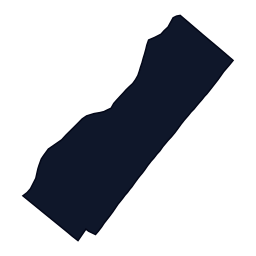 the district of Balneário Gaivota, Santa Catarina, Brazil
{"feature_id": "56859067B14282985236519", "entity_name": "Balneário Gaivota", "entity_type": "district", "adm_level": 2, "iso_a3": "BRA", "parent_name": "Brazil", "parent_adm1": "Santa Catarina", "projection": "mercator", "projection_center": [-49.608, -29.151], "detail": "fine", "context": "isolated", "style": "filled", "palette": "ink", "viewbox_px": 256, "rotation_deg": 0, "n_neighbors": 0, "source": "geoboundaries", "source_scale": "gbopen_adm2", "svg_char_len": 1306}
<svg xmlns="http://www.w3.org/2000/svg" viewBox="0 0 256 256"><path d="M180.2,15.4L176.5,16.1L173.1,17.8L169.7,24.0L168.0,27.1L164.2,30.6L161.0,34.2L154.5,37.5L148.6,40.0L146.8,45.2L145.9,49.1L144.5,54.2L143.4,57.7L142.0,62.9L140.5,67.3L139.4,71.1L137.9,75.5L135.5,79.7L132.7,83.6L129.3,86.7L126.1,89.8L123.2,93.1L120.0,96.5L116.6,100.2L113.8,103.4L111.1,108.2L107.4,109.9L104.0,111.6L99.9,112.6L94.0,113.6L86.6,115.9L82.3,118.8L76.8,124.4L66.1,135.0L61.7,139.8L56.1,143.7L48.4,149.0L43.7,155.4L41.3,159.0L39.0,165.4L37.9,168.9L35.8,178.3L30.5,188.7L27.1,192.6L22.9,195.8L44.6,213.5L68.1,232.6L72.2,236.1L78.0,240.6L85.9,229.1L88.6,231.2L95.5,234.5L98.5,231.0L101.7,226.8L104.0,223.3L106.4,220.2L109.0,216.9L112.8,211.8L115.3,208.1L118.0,204.1L120.7,200.8L122.7,198.3L124.9,195.3L127.4,192.5L129.6,189.5L131.8,186.9L134.6,182.9L137.8,178.5L140.1,175.6L142.4,172.9L144.5,170.1L147.6,165.6L151.1,161.1L153.8,158.1L156.8,154.2L159.9,150.8L162.9,146.5L165.7,143.2L168.0,140.4L171.4,136.8L175.1,132.3L177.7,128.8L181.0,124.2L184.3,120.0L188.2,115.5L191.1,111.9L194.0,109.0L196.3,106.1L199.0,102.9L201.9,99.6L204.5,96.3L206.9,93.8L209.6,90.4L213.1,85.9L217.8,79.9L221.0,75.4L223.6,71.7L226.6,68.2L229.7,64.6L233.1,60.4L219.8,49.0L202.9,34.8L180.2,15.4Z" fill="#0f172a" stroke="#020617" stroke-width="1.5"/></svg>